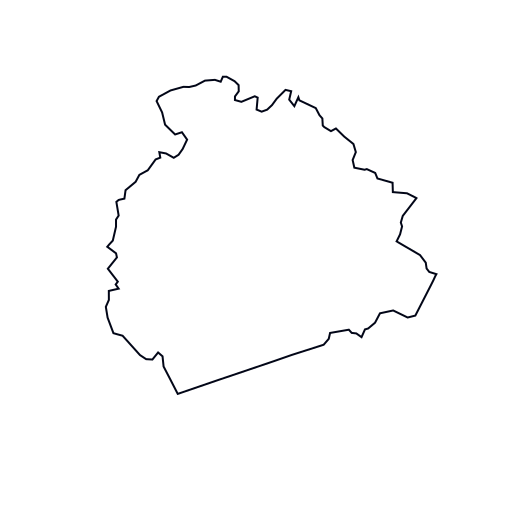 Aibonito, Puerto Rico (orthographic projection), rotated 302°
{"feature_id": "32010507B49819301822346", "entity_name": "Aibonito", "entity_type": "district", "adm_level": 2, "iso_a3": "PRI", "parent_name": "Puerto Rico", "parent_adm1": "", "projection": "orthographic", "projection_center": [-66.255, 18.128], "detail": "fine", "context": "isolated", "style": "outline", "palette": "ink", "viewbox_px": 512, "rotation_deg": 302, "n_neighbors": 0, "source": "geoboundaries", "source_scale": "gbopen_adm2", "svg_char_len": 1710}
<svg xmlns="http://www.w3.org/2000/svg" viewBox="0 0 512 512"><g transform="rotate(302 256 256)"><path d="M289.9,422.7L324.0,419.8L329.3,419.3L334.0,418.7L336.2,418.6L334.3,411.4L335.8,407.3L340.3,403.5L343.7,394.6L342.9,367.5L350.7,366.7L358.5,364.2L361.1,361.1L367.8,359.2L390.1,361.4L390.1,360.6L389.2,350.8L382.7,338.2L390.5,333.0L386.1,317.9L389.6,313.1L388.4,303.9L386.7,302.4L383.0,292.6L388.6,287.1L397.0,285.6L402.6,279.3L404.0,267.6L406.5,256.2L401.6,253.4L401.5,245.6L402.0,243.5L407.8,239.4L409.0,235.3L413.1,228.3L411.0,210.3L413.1,207.8L403.4,209.1L406.2,201.3L414.4,198.5L412.5,193.0L400.4,190.2L392.4,189.6L386.0,187.9L381.4,184.3L380.5,178.9L391.2,173.5L390.8,170.3L379.0,161.9L377.1,155.5L380.2,153.6L386.5,154.1L391.7,150.7L392.9,145.2L392.4,136.0L390.5,132.9L385.1,133.7L383.6,127.8L377.7,119.8L368.6,114.5L363.9,109.8L361.0,104.8L351.1,95.8L339.6,89.3L334.7,89.6L328.0,100.3L319.2,109.3L316.2,123.0L321.7,127.6L318.2,135.9L307.9,137.1L300.8,136.7L295.7,134.2L295.3,125.4L292.8,119.0L288.7,122.7L284.7,119.7L271.4,118.8L263.0,114.1L255.1,114.6L242.7,110.5L234.9,114.0L231.8,110.8L230.7,109.8L227.9,108.9L217.5,118.1L212.7,118.0L206.6,121.8L193.2,126.4L187.9,125.4L185.0,125.0L184.1,135.9L181.1,138.8L166.7,137.1L161.0,152.4L157.5,152.1L155.5,156.8L148.4,149.7L140.8,154.5L133.3,155.6L125.1,162.8L115.0,176.0L116.0,179.5L117.7,185.1L110.5,210.1L110.3,217.5L113.3,223.0L122.3,224.1L121.4,229.9L113.3,236.2L106.3,248.1L97.6,262.7L128.4,287.7L176.3,326.9L191.1,338.8L216.6,360.4L224.3,361.6L230.0,359.6L242.7,373.8L241.5,377.9L243.5,382.1L243.1,388.5L251.5,387.3L253.9,389.5L262.5,392.3L273.1,391.5L282.5,401.2L284.2,417.2L289.9,422.7Z" fill="none" stroke="#020617" stroke-width="2"/></g></svg>